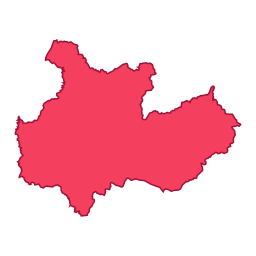 Caiapônia, Goiás, Brazil
{"feature_id": "56859067B55924998063640", "entity_name": "Caiapônia", "entity_type": "district", "adm_level": 2, "iso_a3": "BRA", "parent_name": "Brazil", "parent_adm1": "Goiás", "projection": "albers", "projection_center": [-51.8, -16.976], "detail": "fine", "context": "isolated", "style": "filled", "palette": "rose", "viewbox_px": 256, "rotation_deg": 0, "n_neighbors": 0, "source": "geoboundaries", "source_scale": "gbopen_adm2", "svg_char_len": 5703}
<svg xmlns="http://www.w3.org/2000/svg" viewBox="0 0 256 256"><path d="M152.5,64.8L150.3,63.2L147.7,63.5L146.3,62.9L142.3,63.3L141.6,63.8L140.1,63.6L138.9,67.1L137.8,67.2L139.1,68.4L139.1,69.9L138.1,70.1L136.6,69.4L135.8,70.2L133.8,71.0L132.0,69.4L131.0,69.4L127.9,67.2L127.8,65.3L127.1,63.7L126.5,63.4L122.8,64.5L117.5,68.5L116.3,69.0L115.0,68.7L113.1,70.9L107.6,73.6L106.6,73.3L106.0,71.9L104.5,71.6L102.2,69.5L100.7,70.0L100.3,71.6L99.5,72.2L98.1,70.8L96.4,70.8L96.0,69.8L95.5,69.5L94.6,70.1L92.8,68.2L91.2,68.1L90.5,68.6L89.8,68.1L87.7,63.9L86.9,62.9L85.7,62.5L85.5,62.0L86.3,60.7L85.4,58.4L84.8,57.9L83.7,58.4L83.1,58.2L83.4,57.3L82.9,55.7L81.9,54.5L78.4,54.4L78.6,53.0L77.1,47.5L77.8,46.1L77.1,45.0L73.5,44.0L71.4,42.1L69.7,42.1L68.5,42.8L67.1,41.7L65.2,41.7L64.1,41.2L63.4,41.8L62.7,41.8L61.2,41.3L59.7,41.5L58.4,42.6L57.7,42.7L56.8,40.1L56.0,40.7L53.8,40.9L51.3,47.9L47.5,53.9L46.0,57.2L45.5,59.6L45.6,60.2L47.0,59.7L49.4,60.1L50.4,61.9L52.4,63.4L52.9,63.0L54.3,63.0L57.7,67.1L59.3,67.6L59.9,67.2L61.1,68.0L63.0,67.7L62.1,69.5L63.0,70.8L63.8,69.8L64.4,71.5L62.2,71.8L61.8,72.7L62.9,74.3L62.2,76.3L62.8,77.0L62.6,77.7L63.6,78.6L63.8,80.9L64.8,82.2L63.1,82.8L64.3,83.3L64.2,84.8L62.0,85.8L63.4,87.2L61.9,87.7L62.7,88.8L62.7,89.6L60.2,90.5L60.7,91.8L56.8,93.4L56.8,95.5L58.6,97.0L58.3,98.3L56.9,99.0L54.7,98.7L54.2,99.1L51.9,98.9L49.3,101.0L48.5,100.5L44.1,103.5L43.1,105.6L43.8,107.2L43.1,109.6L41.0,111.2L40.3,115.0L38.7,116.5L38.1,119.1L36.9,120.5L34.5,120.3L33.3,121.3L33.1,122.0L31.0,122.4L28.2,122.1L26.8,123.2L23.0,123.2L23.0,121.8L22.5,121.5L22.3,120.6L19.9,119.2L18.9,116.6L18.3,117.2L18.4,119.4L17.6,120.1L18.7,120.1L19.3,120.8L18.6,121.0L19.0,122.7L17.6,122.3L17.1,122.8L18.3,124.8L18.3,126.3L18.0,126.9L17.4,127.0L18.1,127.8L17.7,128.1L17.8,129.1L17.3,129.4L16.9,128.9L16.0,129.1L15.9,129.8L16.5,130.1L15.4,132.6L15.4,133.7L15.7,134.3L17.0,134.3L18.0,135.5L18.5,138.1L17.3,139.0L17.2,139.9L18.6,140.7L19.2,142.3L19.0,143.8L19.6,144.1L19.7,144.8L19.0,146.6L21.3,147.9L20.5,148.6L21.0,148.9L20.3,150.1L21.1,151.0L20.6,152.1L22.4,154.8L23.1,155.2L20.0,158.2L20.3,158.7L19.0,160.6L18.9,161.5L17.7,161.7L18.8,163.5L19.4,163.7L18.6,164.8L18.7,165.4L20.3,167.1L20.7,166.8L21.0,167.2L20.9,167.8L21.4,167.9L21.6,168.6L21.3,169.2L21.9,170.2L21.3,171.1L21.6,171.9L19.7,175.5L19.3,177.3L21.8,176.3L22.6,176.7L24.2,178.2L24.4,179.7L25.8,181.6L28.5,182.9L28.9,184.2L29.7,184.6L31.0,184.2L30.8,183.4L31.6,182.6L32.7,182.4L34.3,183.1L34.9,184.9L38.7,184.1L40.8,187.0L42.3,187.7L43.7,187.8L44.6,186.8L45.9,186.2L52.8,186.9L53.3,186.1L57.8,184.8L58.3,185.5L60.3,186.4L61.2,187.7L61.1,190.1L62.3,192.9L63.5,193.2L65.2,194.8L66.4,195.0L67.5,197.1L68.5,197.4L68.7,197.9L68.3,198.3L68.9,198.5L68.7,199.1L69.7,200.8L69.6,202.4L70.4,204.6L70.0,205.7L70.5,205.3L73.0,206.7L74.3,206.7L75.4,208.3L75.4,209.4L74.8,209.2L74.5,211.8L76.0,212.4L79.0,210.9L79.5,211.3L79.3,212.2L78.8,212.4L79.0,213.5L80.7,214.3L81.2,215.9L85.6,215.5L87.3,215.2L87.2,214.5L87.8,213.3L89.1,211.7L89.6,208.4L92.1,205.9L92.8,203.8L93.8,202.6L94.4,201.0L94.0,199.3L92.5,199.0L92.4,198.4L92.6,196.5L92.2,196.0L93.2,192.9L95.4,191.6L96.1,191.8L96.9,193.1L100.2,194.5L102.4,194.3L104.2,195.3L105.1,193.6L105.5,191.5L105.1,190.1L105.8,189.0L107.6,189.0L109.5,189.7L109.8,189.3L110.2,186.8L110.8,186.6L110.4,183.7L111.2,182.6L112.7,183.0L116.4,185.5L118.9,185.8L120.5,186.8L121.9,187.0L123.1,186.1L124.9,181.2L127.2,178.1L128.8,178.4L131.2,180.3L135.0,179.1L136.7,179.1L139.5,180.1L144.4,180.6L150.9,184.2L159.8,187.4L163.2,191.8L164.1,189.8L165.8,189.0L168.5,189.6L171.3,191.3L174.1,190.3L178.4,190.1L180.5,188.9L182.5,184.8L186.3,181.6L187.7,181.7L189.6,180.5L189.5,180.0L191.4,179.9L192.4,179.2L193.0,179.5L194.2,178.2L196.6,178.1L197.1,175.7L202.6,170.4L202.3,166.7L201.7,166.2L201.3,163.3L202.0,163.3L203.6,164.6L204.9,164.6L205.9,163.9L205.8,161.5L204.8,160.8L204.8,160.1L205.9,158.9L208.4,158.1L209.0,157.1L210.2,157.1L211.9,154.7L214.3,153.5L215.5,152.4L217.1,152.8L218.1,153.7L219.8,153.3L221.5,152.2L224.2,153.4L227.1,152.2L227.7,150.9L227.2,148.0L229.5,146.6L230.6,146.5L230.7,145.9L230.1,144.6L230.5,143.4L231.9,143.5L233.4,142.4L233.4,138.2L235.2,135.0L234.6,130.8L231.8,127.6L232.2,126.8L235.9,126.2L236.2,125.6L237.3,125.5L239.1,126.2L240.6,124.7L240.4,124.1L237.2,122.5L236.7,121.9L236.7,120.2L235.3,119.1L232.4,114.2L227.3,114.2L225.3,113.4L224.6,109.8L223.6,109.3L222.5,109.6L221.3,108.2L221.6,107.6L221.2,106.1L219.7,105.1L217.6,104.7L217.2,102.1L216.0,99.9L214.3,99.4L213.2,100.3L212.7,98.5L213.4,98.1L213.0,97.4L213.4,96.6L212.8,95.2L213.2,93.6L212.7,93.1L212.5,91.4L213.5,90.4L213.3,89.1L213.5,88.6L214.0,88.7L214.3,87.2L213.4,86.1L212.5,86.3L211.1,87.6L209.4,92.3L207.7,95.0L206.5,94.5L204.4,95.3L200.2,95.7L199.9,96.4L197.5,97.0L196.9,98.5L194.3,97.9L192.5,98.3L192.2,99.2L191.2,99.7L190.1,102.5L189.3,101.3L188.6,101.6L186.9,100.7L186.6,101.2L185.9,101.0L183.7,102.1L182.1,102.3L181.6,102.7L181.8,104.3L181.2,105.4L181.3,107.0L179.0,107.4L176.8,108.8L175.1,109.1L175.0,109.9L173.9,110.6L172.8,110.5L171.0,111.5L170.6,112.9L168.7,113.0L167.2,112.4L165.3,113.4L163.4,113.7L161.4,112.8L161.3,113.4L160.0,113.8L158.4,113.2L157.4,111.5L156.5,111.7L155.4,110.6L154.5,111.2L153.4,111.1L152.5,112.2L149.7,113.1L145.9,119.3L144.7,119.7L143.2,119.4L142.1,118.5L143.0,115.1L141.9,114.6L141.7,111.5L142.1,109.1L141.9,108.2L140.8,106.8L140.9,105.3L140.2,105.1L140.0,104.6L141.2,103.1L141.2,101.8L142.4,101.5L142.6,99.8L141.7,97.8L142.0,96.9L145.2,93.7L146.1,90.7L151.0,90.3L153.3,87.5L152.9,87.2L153.1,86.4L151.8,85.0L151.7,81.1L150.1,80.0L150.0,79.0L149.1,78.1L150.6,77.1L150.8,75.4L152.4,74.6L153.2,74.8L155.5,74.1L155.9,73.2L154.9,72.6L154.6,69.8L153.2,68.0L152.5,64.8Z" fill="#f43f5e" stroke="#9f1239" stroke-width="1.5"/></svg>